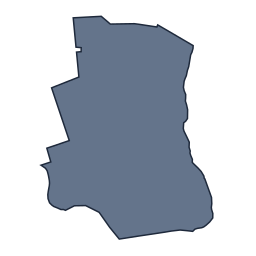 Jebel Awlia, Khartoum, Sudan, rotated 181°
{"feature_id": "16777658B74371618965754", "entity_name": "Jebel Awlia", "entity_type": "district", "adm_level": 2, "iso_a3": "SDN", "parent_name": "Sudan", "parent_adm1": "Khartoum", "projection": "orthographic", "projection_center": [32.571, 15.354], "detail": "fine", "context": "isolated", "style": "filled", "palette": "slate", "viewbox_px": 256, "rotation_deg": 181, "n_neighbors": 0, "source": "geoboundaries", "source_scale": "gbopen_adm2", "svg_char_len": 1317}
<svg xmlns="http://www.w3.org/2000/svg" viewBox="0 0 256 256"><g transform="rotate(181 128 128)"><path d="M100.1,231.6L100.9,229.5L118.9,231.9L123.5,232.4L147.5,231.6L156.7,239.2L184.7,237.2L181.4,207.9L176.2,207.5L176.2,203.5L180.8,203.0L178.0,178.1L201.1,168.5L205.1,166.8L186.5,114.4L208.8,106.4L204.6,92.7L214.3,89.3L213.8,89.0L213.3,88.6L213.1,88.5L209.8,86.3L208.1,83.9L207.4,81.6L206.8,79.4L206.2,76.5L205.7,73.9L205.5,71.4L205.7,68.7L206.1,66.5L206.6,63.4L207.0,60.0L206.7,55.9L205.1,51.8L202.7,49.5L200.8,48.2L198.9,47.5L196.6,46.6L193.6,45.3L191.1,45.4L189.1,44.6L180.2,49.3L174.6,49.5L169.0,49.7L155.4,43.2L144.6,28.4L134.8,16.8L117.0,19.9L99.5,22.8L88.9,24.6L83.0,25.7L74.1,26.9L66.5,26.3L61.5,25.8L59.2,28.1L56.7,28.9L52.5,29.6L50.6,30.4L48.2,32.2L44.7,35.5L41.7,39.5L41.7,44.0L43.0,48.0L43.3,50.1L42.9,53.7L43.3,60.0L50.3,78.5L50.9,79.0L51.3,81.3L54.1,85.8L57.4,89.3L61.7,93.3L63.1,94.7L63.1,97.8L64.8,101.6L65.6,104.0L65.4,106.1L66.6,109.8L66.5,114.9L69.3,120.6L72.0,125.9L72.7,128.5L72.4,134.3L70.6,135.6L68.7,138.5L68.7,147.3L69.9,152.4L71.1,155.9L70.9,158.8L70.9,162.5L72.5,166.2L73.3,169.6L72.7,175.7L71.8,178.4L70.6,181.3L69.6,186.6L68.4,190.3L66.6,202.3L65.4,204.8L64.4,208.6L64.3,211.5L80.5,220.6L81.0,220.9L96.0,229.3L100.1,231.6Z" fill="#64748b" stroke="#1e293b" stroke-width="1.5"/></g></svg>